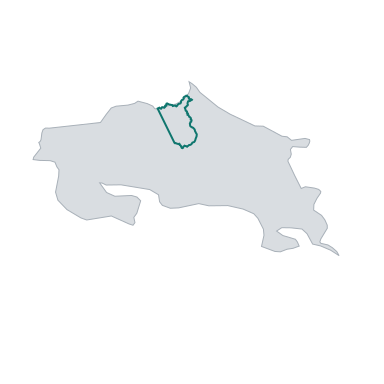 Sarapiqui, Heredia, Costa Rica (highlighted), rotated 334°
{"feature_id": "36466004B54791236061025", "entity_name": "Sarapiqui", "entity_type": "district", "adm_level": 2, "iso_a3": "CRI", "parent_name": "Costa Rica", "parent_adm1": "Heredia", "projection": "mercator", "projection_center": [-83.949, 10.488], "detail": "medium", "context": "in_parent", "style": "outline", "palette": "teal", "viewbox_px": 384, "rotation_deg": 334, "n_neighbors": 0, "source": "geoboundaries", "source_scale": "gbopen_adm2", "svg_char_len": 3537}
<svg xmlns="http://www.w3.org/2000/svg" viewBox="0 0 384 384"><g transform="rotate(334 192 192)"><path d="M320.6,196.4L320.2,197.9L318.9,199.4L317.0,200.9L314.4,202.0L308.3,198.8L302.4,195.3L299.1,196.9L297.8,201.5L295.6,203.9L292.8,204.8L291.7,206.4L291.5,222.0L291.7,236.7L296.2,237.0L303.8,242.2L307.0,245.2L308.0,247.9L307.1,249.3L301.5,252.5L296.1,256.6L293.4,261.6L298.2,269.8L299.2,275.3L299.0,281.1L297.7,283.9L287.3,290.6L285.0,292.9L285.3,294.6L291.0,299.2L293.8,303.7L296.0,309.0L296.3,313.7L291.1,305.1L283.9,296.8L277.6,291.7L277.1,279.9L274.6,273.5L265.1,267.5L257.0,263.4L250.9,264.2L254.6,271.0L264.2,279.8L264.8,283.1L264.6,287.6L258.1,286.9L252.3,285.1L245.2,284.5L240.5,281.8L230.6,271.4L237.7,262.5L239.9,256.7L239.7,244.5L238.0,238.6L230.4,229.7L218.2,219.9L201.1,211.8L193.0,205.4L173.0,200.4L165.4,197.1L159.5,191.0L158.6,186.6L160.7,179.8L155.1,171.3L131.3,154.4L117.9,148.1L115.1,144.5L113.0,143.3L115.0,155.0L120.8,162.0L136.1,168.6L140.3,172.4L142.0,177.4L133.1,186.9L128.6,189.3L127.3,194.5L124.4,196.0L121.4,193.1L109.0,178.2L85.1,171.0L80.8,166.6L71.9,153.0L67.9,140.6L69.3,132.3L79.1,119.3L82.2,113.7L81.6,110.2L81.9,105.1L78.2,101.6L69.1,96.9L63.4,93.2L65.0,91.3L75.3,86.3L76.0,81.8L76.0,80.3L77.7,80.0L79.2,78.8L80.1,77.5L82.9,73.2L85.4,70.7L88.3,70.3L91.8,72.1L104.9,76.8L119.4,82.0L140.2,89.4L148.8,84.7L156.2,81.1L161.4,81.6L172.5,85.8L179.2,87.2L183.3,86.7L190.5,92.9L194.4,97.6L195.0,100.7L197.2,102.4L202.7,102.7L216.3,105.9L224.7,105.3L232.2,101.9L236.4,97.9L237.7,91.6L239.6,94.8L241.8,99.7L242.8,105.9L252.6,127.0L260.4,138.8L277.5,160.2L284.9,164.1L297.3,181.3L301.7,184.1L304.1,189.2L317.1,193.4L320.6,196.4Z" fill="#d9dde1" stroke="#a8b0b8" stroke-width="1"/><path d="M216.7,147.6L217.9,146.6L218.6,145.7L220.5,144.0L221.5,142.4L221.6,141.5L221.4,140.4L221.5,139.3L221.4,138.6L221.8,137.0L221.2,134.8L220.5,134.2L220.4,133.7L219.7,132.9L219.4,132.2L219.4,131.6L220.1,129.5L220.7,129.2L221.0,128.6L222.1,128.5L223.1,127.3L223.1,126.9L222.6,126.3L223.2,125.6L223.3,124.8L223.1,124.6L223.1,124.0L222.5,123.4L222.5,121.4L222.0,120.9L222.3,120.4L221.9,120.4L222.1,119.6L222.4,119.1L222.2,118.7L222.4,118.6L222.7,117.7L222.7,117.2L222.0,116.2L222.1,115.5L222.4,114.8L222.3,113.8L222.5,113.1L223.2,113.1L223.4,112.9L224.6,112.7L224.9,112.4L225.8,112.3L226.4,112.0L226.6,111.6L226.6,110.8L227.1,110.0L228.2,108.8L228.6,108.8L229.0,109.0L229.4,108.9L229.8,109.3L230.3,109.3L231.1,109.1L232.2,109.2L232.4,109.1L232.0,108.3L230.5,107.3L230.1,106.7L230.3,106.1L230.7,105.8L230.7,105.2L229.7,103.8L229.7,103.2L228.9,102.9L228.5,103.2L227.1,103.0L226.0,103.3L225.7,103.5L225.6,104.3L224.8,104.9L224.4,105.0L223.6,104.8L222.5,105.2L221.8,105.8L221.5,106.5L220.5,107.3L218.5,107.0L217.5,107.3L216.4,108.0L215.5,108.2L215.2,107.9L215.1,107.1L214.9,106.9L212.4,106.3L212.4,105.3L212.2,105.0L211.3,104.5L210.7,103.9L210.1,103.6L208.5,101.5L207.9,101.4L207.4,101.8L207.3,102.6L207.0,103.0L206.7,103.1L206.3,102.6L205.8,102.6L205.3,103.0L205.2,103.7L204.1,104.1L203.9,104.1L203.2,103.3L202.5,102.8L202.0,102.7L201.2,103.4L200.7,103.6L199.9,102.8L199.6,101.9L197.7,101.9L197.8,140.1L198.1,140.7L198.8,140.8L199.1,141.4L200.5,142.7L201.0,143.0L201.5,143.0L201.5,143.7L201.9,143.9L201.7,144.6L202.1,145.1L202.3,146.1L202.1,146.3L202.1,147.8L202.4,147.9L202.7,148.4L203.5,148.3L204.0,147.6L204.5,147.3L205.5,147.3L205.7,147.2L206.1,147.8L206.7,148.0L207.4,149.1L207.8,148.9L209.1,148.8L210.0,148.5L211.1,148.9L212.4,148.8L214.0,147.8L215.9,148.0L216.7,147.6Z" fill="none" stroke="#0f766e" stroke-width="2"/></g></svg>